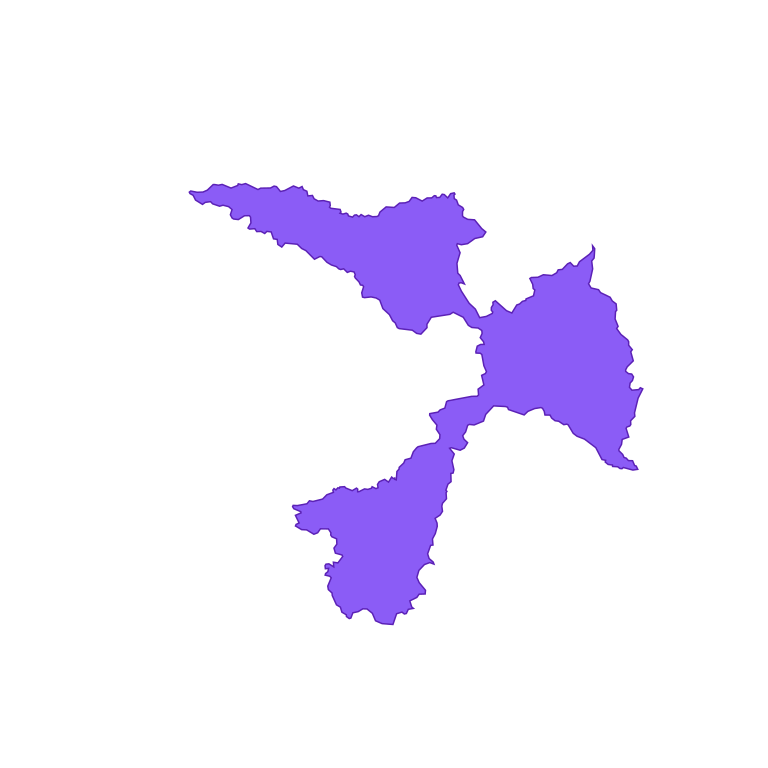 outline of Bocaiúva, Minas Gerais, Brazil, rotated 119°
{"feature_id": "56859067B89519159467190", "entity_name": "Bocaiúva", "entity_type": "district", "adm_level": 2, "iso_a3": "BRA", "parent_name": "Brazil", "parent_adm1": "Minas Gerais", "projection": "robinson", "projection_center": [-43.673, -17.387], "detail": "fine", "context": "isolated", "style": "filled", "palette": "violet", "viewbox_px": 768, "rotation_deg": 119, "n_neighbors": 0, "source": "geoboundaries", "source_scale": "gbopen_adm2", "svg_char_len": 6171}
<svg xmlns="http://www.w3.org/2000/svg" viewBox="0 0 768 768"><g transform="rotate(119 384 384)"><path d="M337.0,167.9L344.4,156.7L343.3,153.1L345.0,152.7L345.7,149.0L344.1,144.9L345.3,144.1L343.1,139.5L343.5,136.6L342.7,134.8L341.0,134.2L338.6,124.6L335.6,120.7L333.5,123.6L333.8,125.3L330.6,129.4L332.5,133.1L331.4,136.2L331.9,138.4L329.9,141.1L328.5,146.1L327.4,146.9L321.6,147.0L317.0,148.8L311.7,144.2L305.4,150.8L303.8,150.7L301.6,148.7L299.8,148.5L296.6,150.5L290.7,148.9L287.8,150.9L273.2,154.9L262.8,155.3L263.0,158.0L265.4,158.5L269.2,164.1L267.9,167.7L263.9,169.2L260.5,168.4L256.8,169.2L255.2,172.2L256.4,175.2L255.8,178.7L254.5,179.5L251.0,179.6L242.9,177.2L236.2,183.8L233.6,183.5L231.5,188.8L228.4,190.5L227.3,192.3L225.8,200.8L222.7,207.4L220.1,207.2L215.1,213.4L208.4,216.6L206.7,216.2L201.4,219.8L200.7,224.6L198.5,228.3L199.1,238.9L197.5,242.1L199.6,249.4L197.2,253.7L194.3,253.7L182.2,257.3L175.7,262.0L172.1,261.3L170.0,262.2L163.5,265.3L162.0,268.6L165.8,266.1L170.9,267.2L182.3,272.3L187.1,272.2L189.0,275.2L187.5,280.0L189.9,281.7L197.3,283.6L199.7,287.0L203.0,286.9L207.7,289.7L211.2,297.6L216.0,301.1L219.4,306.7L221.0,307.6L224.7,302.3L228.2,299.8L228.6,297.7L234.4,296.0L240.7,301.0L242.2,300.5L244.6,303.0L248.3,304.2L250.5,306.2L259.9,306.6L260.5,312.4L257.2,327.0L259.7,328.4L261.8,327.0L265.0,327.2L267.5,325.9L268.3,323.8L269.8,323.5L275.3,327.3L279.6,332.5L274.2,340.4L272.1,348.7L265.3,361.3L261.2,367.1L259.3,367.3L258.0,365.6L257.5,362.2L252.2,370.0L251.3,373.2L243.1,378.7L232.3,381.1L227.3,387.7L225.7,387.9L224.7,383.9L220.7,378.9L212.7,375.1L207.4,369.1L201.7,368.6L200.7,373.9L196.5,384.4L199.4,390.6L199.5,395.5L198.8,396.9L195.1,398.9L192.7,398.9L191.5,400.8L191.3,405.9L188.0,409.7L187.8,412.4L184.9,414.4L183.5,414.0L182.8,415.3L185.2,418.0L190.3,418.5L189.1,423.1L189.8,425.1L193.8,425.7L195.5,428.5L194.3,429.9L194.9,431.3L198.1,432.5L200.4,436.5L205.5,439.3L205.7,446.5L207.2,449.9L212.1,450.5L215.3,453.3L218.2,458.1L224.6,460.6L228.1,468.0L235.6,470.9L239.4,470.4L240.9,471.3L243.3,475.2L243.9,479.4L247.0,481.9L246.9,486.2L249.8,487.0L249.4,490.1L250.6,491.7L253.3,492.4L254.2,496.6L252.9,498.1L252.9,499.9L255.3,502.3L256.0,505.3L254.4,505.0L252.6,507.0L256.1,515.8L255.8,517.4L254.0,517.5L251.2,519.5L252.9,525.8L255.9,530.3L255.9,534.9L253.8,538.0L256.4,541.8L252.8,544.9L253.1,548.7L251.0,551.4L254.0,553.4L254.7,559.2L262.9,564.6L265.8,567.9L263.5,573.7L264.2,576.1L267.6,578.3L272.5,586.8L275.0,588.5L275.8,602.2L278.6,605.1L279.6,608.5L281.3,608.2L286.8,612.8L287.9,622.3L290.4,625.2L291.6,628.7L292.4,630.1L300.1,632.5L303.9,635.4L306.9,640.4L308.9,646.6L310.6,647.3L311.5,646.0L311.5,642.4L314.5,638.0L314.9,629.8L311.8,628.4L308.6,624.1L309.5,621.2L308.2,614.0L305.7,611.5L304.2,605.9L305.1,601.5L310.5,600.4L312.5,597.3L312.6,595.5L310.8,591.1L304.5,587.6L302.0,583.3L302.8,581.6L307.6,578.5L313.5,578.6L313.7,576.7L310.8,572.3L312.4,569.2L310.2,565.5L310.2,561.3L307.3,560.4L305.7,556.4L310.6,551.0L309.3,547.5L313.4,544.5L313.8,539.8L308.7,538.8L303.8,527.6L305.4,521.7L305.2,517.0L308.6,505.3L303.6,501.9L302.9,500.2L305.2,492.9L305.4,487.7L304.4,482.5L305.2,479.4L304.9,477.4L302.8,475.1L304.2,470.2L301.6,468.0L300.5,464.5L302.4,462.1L304.2,461.9L305.2,460.5L306.8,455.4L308.8,452.6L308.0,450.5L308.8,449.0L315.0,447.7L318.4,444.9L317.9,442.9L314.1,437.5L312.6,432.6L312.7,428.4L318.6,421.5L320.7,412.9L324.5,407.1L325.1,403.8L328.2,399.7L328.2,397.6L323.2,385.3L323.9,380.0L322.5,375.9L313.9,373.7L311.0,375.4L302.7,375.0L291.1,360.1L287.7,358.3L287.2,347.0L291.8,338.7L292.0,334.6L289.4,328.8L289.8,324.4L292.2,322.7L296.8,322.3L298.8,317.4L300.8,315.6L302.6,318.7L305.7,320.8L311.3,319.3L312.3,318.5L310.4,314.7L310.8,312.7L319.6,305.5L323.5,300.4L325.7,300.4L329.1,302.8L336.4,296.2L342.9,299.2L347.7,296.0L349.6,296.6L352.2,301.2L367.7,319.9L369.1,320.7L375.6,319.1L379.5,322.4L382.4,323.1L387.7,329.6L389.1,329.0L391.7,324.5L394.3,317.8L398.2,316.3L401.2,310.5L404.8,308.8L411.0,310.4L413.2,314.0L422.3,323.8L424.0,324.5L429.0,325.5L435.8,324.5L440.0,328.8L443.5,328.4L449.5,330.3L451.2,329.6L454.2,330.3L461.9,326.8L462.2,328.3L461.1,329.1L462.2,330.0L461.7,332.2L467.6,332.5L467.1,337.2L471.8,340.8L475.0,341.0L477.6,338.9L479.4,340.3L479.6,344.6L481.2,344.4L484.0,347.0L485.2,350.2L490.3,353.7L491.0,354.8L488.7,356.0L488.4,357.6L492.7,360.1L493.5,367.0L492.9,368.7L495.5,372.7L496.7,372.5L497.1,374.0L499.9,374.7L499.7,377.0L501.6,377.3L503.3,375.7L508.6,380.3L514.4,381.9L521.2,389.2L522.3,392.6L526.1,393.3L532.3,400.8L534.2,404.6L535.6,404.5L536.8,402.4L536.0,394.9L537.0,394.1L541.8,397.8L546.7,390.9L549.4,392.8L551.1,392.6L551.3,385.4L549.1,381.0L549.4,372.5L546.3,369.9L541.5,369.4L537.7,362.4L539.9,358.3L541.9,357.4L542.9,355.6L542.4,350.4L546.9,347.6L551.8,348.2L555.5,344.5L553.9,337.8L554.9,336.5L562.8,337.6L564.4,341.9L568.3,339.3L568.0,345.0L569.7,347.4L571.5,347.5L574.0,345.7L572.1,343.1L575.4,342.1L578.1,343.2L579.7,342.8L578.4,338.2L579.1,336.2L588.0,335.2L590.8,333.0L592.0,328.1L594.1,326.7L600.2,318.5L600.3,314.0L604.0,310.2L604.1,305.1L605.6,304.1L606.0,300.7L604.8,299.5L599.2,300.3L595.6,296.2L590.9,293.5L589.0,289.8L590.2,283.0L595.2,276.6L594.5,269.5L590.0,259.6L578.8,261.6L574.8,257.7L575.3,254.7L573.9,253.2L569.3,253.5L566.0,249.5L565.6,251.6L561.2,256.3L554.7,251.8L550.8,251.4L547.7,246.2L544.3,247.7L540.7,256.9L537.2,261.5L530.1,263.1L522.3,261.1L518.0,257.4L517.3,253.0L515.9,254.6L514.8,259.9L511.4,263.5L502.5,265.0L501.1,263.1L496.0,266.5L490.0,266.6L482.7,268.4L479.9,270.2L476.7,274.2L471.4,271.4L467.0,271.1L462.8,274.2L460.0,275.0L454.1,273.7L449.0,277.0L447.4,276.9L446.9,278.4L440.6,279.5L436.9,278.0L429.8,282.2L428.4,280.4L425.1,281.3L418.2,287.4L411.2,288.6L408.4,295.5L407.1,294.3L405.0,285.3L401.1,282.7L394.8,282.4L393.5,287.3L391.1,290.1L386.3,289.4L379.6,290.8L378.0,289.8L376.1,285.3L368.2,279.0L361.3,280.3L350.0,277.5L344.8,266.8L344.4,264.7L346.0,262.7L343.1,246.4L338.2,244.9L332.4,240.3L328.5,235.3L328.4,233.6L330.2,230.6L333.1,228.2L330.7,223.7L332.5,220.9L333.2,216.6L331.9,213.2L332.4,207.0L330.5,204.7L330.4,203.2L335.4,194.6L336.1,189.9L335.0,181.9L337.0,167.9Z" fill="#8b5cf6" stroke="#5b21b6" stroke-width="1.5"/></g></svg>